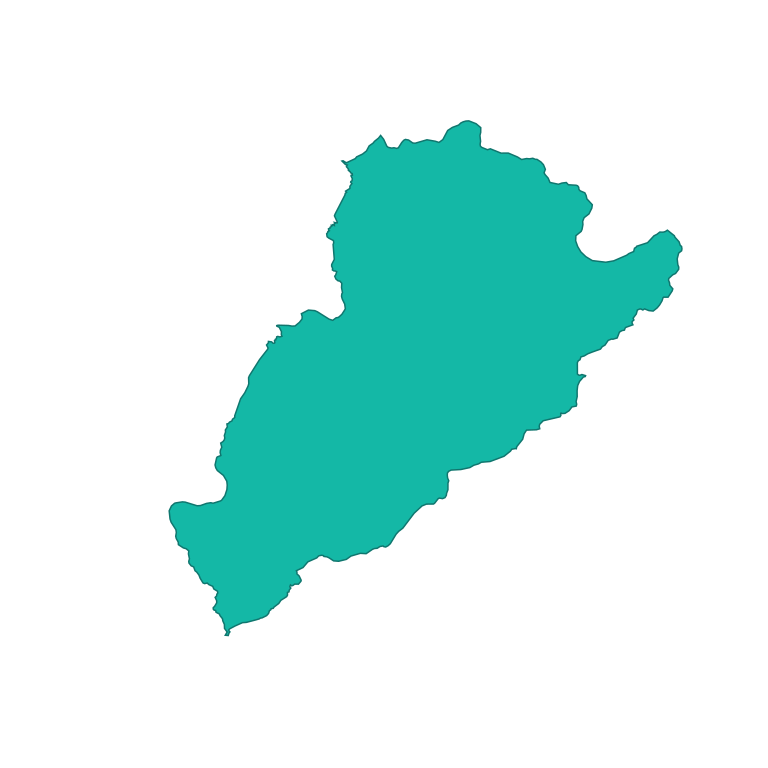 outline of Longcheng, Vientiane, Laos, rotated 128°
{"feature_id": "54806243B40000805936315", "entity_name": "Longcheng", "entity_type": "district", "adm_level": 2, "iso_a3": "LAO", "parent_name": "Laos", "parent_adm1": "Vientiane", "projection": "orthographic", "projection_center": [102.87, 19.084], "detail": "fine", "context": "isolated", "style": "filled", "palette": "teal", "viewbox_px": 768, "rotation_deg": 128, "n_neighbors": 0, "source": "geoboundaries", "source_scale": "gbopen_adm2", "svg_char_len": 6158}
<svg xmlns="http://www.w3.org/2000/svg" viewBox="0 0 768 768"><g transform="rotate(128 384 384)"><path d="M678.1,351.9L675.7,352.8L674.2,352.8L673.8,354.4L673.2,355.0L671.8,354.8L666.4,352.4L659.2,348.6L656.6,345.7L648.7,339.7L645.8,337.6L644.6,337.3L643.4,336.1L638.8,333.9L635.9,333.7L633.2,334.7L631.5,334.2L630.5,334.6L629.0,333.2L627.4,333.3L621.6,331.8L618.0,332.1L611.5,329.8L609.7,330.1L607.7,331.8L606.3,330.9L604.8,331.8L602.2,331.8L601.8,333.4L599.9,334.0L599.9,332.5L598.7,331.7L596.7,331.2L594.4,328.2L590.6,328.0L589.6,328.5L587.5,332.7L587.2,335.8L585.8,336.8L585.1,338.1L578.5,334.8L571.0,334.5L562.4,329.9L559.7,329.7L557.4,327.8L556.5,326.0L556.9,325.2L555.3,322.5L554.8,320.2L554.4,314.8L551.6,310.6L545.4,305.7L539.9,304.1L532.0,298.4L528.7,293.6L521.4,291.3L519.6,290.3L517.6,288.2L514.5,287.1L512.2,285.0L512.3,284.0L511.4,282.3L508.9,281.2L506.0,280.7L494.9,282.0L491.0,281.7L486.0,280.4L467.3,280.7L456.7,279.0L452.5,276.6L448.1,271.1L446.8,270.7L440.8,270.7L439.8,270.1L438.3,267.3L436.0,266.0L433.4,266.3L431.6,267.4L428.0,268.5L422.7,272.6L420.4,273.4L419.0,275.9L416.9,278.0L414.9,279.3L412.8,279.2L410.5,278.1L404.1,270.8L397.0,264.9L392.7,263.2L388.7,260.3L385.7,259.1L379.8,252.7L367.0,244.9L359.0,243.0L356.8,243.2L354.0,240.7L353.6,239.9L351.6,240.8L342.2,240.7L337.0,242.9L332.6,243.3L326.2,235.7L323.4,233.7L321.7,235.7L319.9,236.5L314.9,235.9L301.5,225.1L299.8,225.3L298.5,226.6L297.9,226.6L297.5,225.3L295.7,223.3L291.1,221.7L286.4,221.8L283.0,218.9L281.3,219.7L279.6,221.8L275.0,224.0L270.4,227.7L266.0,230.4L261.6,231.5L255.8,231.2L254.2,230.0L253.3,230.3L254.7,233.9L256.4,234.9L257.1,235.9L257.1,237.7L248.1,244.8L246.0,245.2L244.2,244.5L241.4,245.5L238.6,243.5L234.7,242.0L230.5,239.5L223.2,234.9L220.2,235.0L217.3,233.8L211.6,234.2L208.4,232.3L207.8,231.2L204.2,228.6L198.2,230.4L195.5,229.4L193.5,227.7L191.6,228.4L190.5,228.3L184.1,224.3L183.3,226.0L182.0,226.9L179.7,226.5L178.8,228.2L173.5,228.3L169.7,229.9L167.5,228.7L166.7,227.6L166.3,225.6L164.4,224.9L163.1,220.5L160.8,216.8L155.8,215.6L152.0,215.5L147.3,216.1L144.4,217.2L143.4,217.1L140.7,213.6L133.2,214.2L131.2,215.0L130.3,219.5L128.4,221.4L127.0,223.7L125.5,224.6L120.2,223.7L117.4,222.3L112.2,222.4L110.4,223.7L109.1,225.9L104.9,230.0L99.4,232.4L95.8,231.5L94.1,232.4L92.4,234.2L92.3,236.0L90.3,239.0L89.2,245.1L88.4,246.5L88.3,255.4L90.7,256.2L92.5,257.5L94.5,260.2L98.1,261.1L101.0,262.5L110.4,263.3L119.9,269.7L120.9,269.5L122.8,270.2L125.9,268.8L130.4,271.3L133.2,272.1L145.5,278.8L151.5,284.2L158.5,295.8L159.4,303.3L158.7,310.2L156.5,315.9L153.2,321.1L149.0,324.1L142.4,322.6L140.3,323.1L135.9,325.4L133.5,327.6L129.7,328.7L123.8,327.2L117.5,328.5L114.5,330.2L113.2,338.1L111.0,340.8L109.7,343.5L111.0,348.3L110.7,350.2L109.1,351.7L108.6,353.5L109.1,355.0L113.5,361.4L113.0,364.4L116.1,367.5L119.2,369.5L123.0,377.3L120.7,381.4L119.8,386.1L119.0,387.9L115.5,389.0L113.0,393.4L112.4,397.1L112.8,401.8L113.8,403.1L114.5,405.7L117.1,408.1L118.5,410.4L122.4,413.8L122.9,418.5L125.5,428.2L130.0,433.9L133.2,445.0L135.7,446.7L137.4,452.8L137.2,454.5L135.9,455.9L133.3,457.3L129.1,461.4L126.2,462.7L122.4,465.6L122.2,471.7L124.4,479.1L126.3,481.3L128.6,483.0L131.1,484.2L134.0,484.6L139.7,488.1L145.0,489.9L155.2,488.1L159.8,489.4L161.1,493.0L165.1,500.5L175.1,507.7L176.4,509.8L176.6,514.8L178.1,517.7L179.8,518.5L182.8,518.7L189.0,518.1L190.5,519.0L191.7,521.6L193.4,523.2L194.9,526.3L194.9,528.1L191.4,534.9L190.2,539.7L193.6,539.7L198.6,540.9L200.9,540.9L205.5,542.3L211.2,541.3L216.1,542.5L221.8,545.4L224.1,545.4L231.8,549.3L232.9,550.0L233.3,553.7L234.2,554.4L234.8,549.4L234.0,547.7L235.9,547.4L236.4,544.6L237.5,543.7L237.2,543.0L237.7,542.5L237.5,541.4L238.1,540.4L237.8,538.5L238.9,537.5L239.6,538.4L240.3,538.2L241.6,535.5L243.5,534.3L244.8,534.8L245.5,534.5L245.8,532.7L249.1,532.6L250.9,531.3L255.7,533.0L256.0,531.5L257.6,531.9L259.3,531.1L280.0,527.2L282.0,526.6L285.2,520.4L285.9,520.1L287.2,522.5L287.5,521.4L288.6,521.8L289.6,520.8L289.8,522.2L290.5,522.3L290.5,522.7L291.2,522.5L291.5,523.2L292.2,522.4L293.7,523.0L294.3,522.5L295.9,523.3L297.0,522.1L297.0,521.5L298.4,522.1L299.4,521.6L300.9,521.7L303.0,519.5L303.0,517.0L302.1,512.1L303.8,510.5L305.4,510.0L316.4,499.9L322.0,498.8L323.3,497.9L324.6,495.6L325.9,494.9L325.7,492.9L325.0,492.2L324.6,490.4L327.8,489.2L329.4,489.2L330.9,486.5L331.0,483.8L330.1,482.1L330.6,479.3L334.2,476.8L337.6,472.9L339.0,472.7L341.0,471.5L342.7,469.3L345.2,464.2L348.4,460.9L349.5,460.6L354.9,460.1L358.0,460.6L359.7,461.0L361.3,462.5L365.4,463.6L366.7,467.2L368.1,480.9L368.8,483.7L372.3,489.1L379.5,492.4L381.2,490.0L383.3,488.6L387.5,488.6L393.0,489.8L395.0,492.1L396.7,495.3L402.9,503.7L404.0,504.5L404.4,504.1L403.8,501.4L405.9,497.0L408.2,495.4L409.2,493.8L411.0,495.0L411.9,497.0L412.9,497.6L414.4,496.7L415.6,497.1L415.9,496.5L417.1,497.1L418.7,495.4L419.3,495.5L420.2,496.5L420.0,498.5L421.6,501.3L423.0,500.4L425.6,500.6L427.0,497.5L428.2,497.1L441.3,497.1L460.2,495.2L462.4,494.6L467.1,490.7L469.5,489.8L476.6,488.3L483.9,487.9L500.9,482.1L502.3,481.0L505.0,481.7L506.7,481.1L509.2,482.3L510.8,482.2L512.2,483.2L514.3,481.0L517.9,480.7L519.4,479.3L522.9,478.1L524.6,476.2L526.7,475.4L528.7,475.5L531.1,476.3L533.7,472.9L537.0,472.1L538.9,470.9L540.8,468.5L544.1,470.5L545.3,470.4L551.8,467.3L553.6,465.0L554.8,462.1L554.9,454.2L557.4,448.0L560.2,445.3L563.9,442.8L569.9,440.6L575.6,440.4L576.9,440.9L583.2,445.3L584.2,447.4L587.3,450.3L592.8,453.8L595.0,456.3L599.5,468.0L601.0,470.3L605.8,474.8L606.9,475.6L611.0,476.4L616.2,475.2L622.1,469.5L624.0,466.6L626.9,458.3L628.9,456.2L632.2,454.4L633.7,452.5L635.2,448.9L637.2,447.1L636.7,441.2L635.6,438.5L635.7,435.1L638.3,433.5L641.5,429.7L643.9,428.7L645.2,427.4L646.0,424.0L645.3,421.4L647.5,417.9L647.5,415.8L648.5,412.2L650.3,409.2L652.2,404.1L651.7,402.4L649.7,400.8L649.9,398.5L648.9,394.4L650.3,391.9L649.8,387.6L651.1,386.3L652.5,386.3L654.2,385.4L656.1,385.7L657.8,382.4L659.5,381.1L663.7,380.6L665.3,380.9L666.5,380.0L666.8,378.7L666.1,377.2L667.3,375.8L666.6,372.1L667.5,370.6L668.4,366.8L669.9,365.2L671.7,361.8L674.8,359.2L676.0,354.9L679.7,354.4L678.1,351.9Z" fill="#14b8a6" stroke="#0f766e" stroke-width="1.5"/></g></svg>